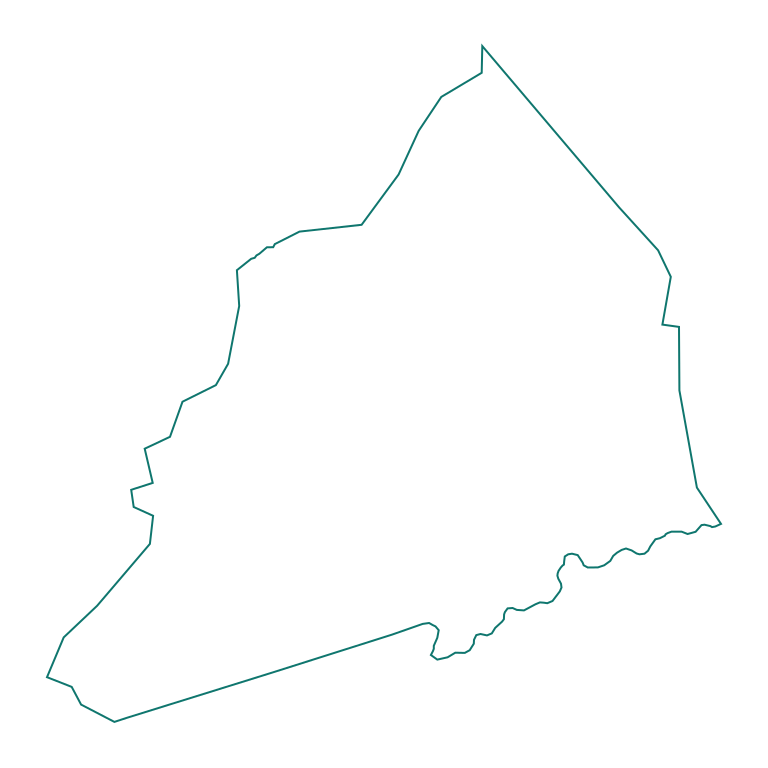 Transylvania, North Carolina, United States of America
{"feature_id": "52423323B19490558712126", "entity_name": "Transylvania", "entity_type": "district", "adm_level": 2, "iso_a3": "USA", "parent_name": "United States of America", "parent_adm1": "North Carolina", "projection": "mercator", "projection_center": [-82.75, 35.225], "detail": "fine", "context": "isolated", "style": "outline", "palette": "teal", "viewbox_px": 768, "rotation_deg": 0, "n_neighbors": 0, "source": "geoboundaries", "source_scale": "gbopen_adm2", "svg_char_len": 1655}
<svg xmlns="http://www.w3.org/2000/svg" viewBox="0 0 768 768"><path d="M721.0,523.9L696.9,487.6L679.4,390.4L679.0,326.9L662.4,324.6L670.8,276.8L658.1,250.3L619.2,207.5L482.3,46.1L481.7,72.8L441.3,96.9L419.5,129.6L418.6,131.0L398.6,174.5L361.6,224.8L299.5,231.6L274.8,244.1L273.2,247.2L266.9,247.3L259.3,253.8L256.5,255.4L254.7,257.8L251.2,258.8L236.9,270.2L239.2,306.0L228.1,363.8L215.9,385.1L182.5,401.7L170.0,436.8L144.7,448.7L152.7,482.9L131.2,489.8L133.7,507.0L153.1,515.8L149.9,543.9L97.1,605.8L63.7,637.4L47.0,677.2L71.7,686.9L81.1,704.6L114.4,721.9L126.6,717.9L269.6,673.4L392.1,634.6L422.7,623.9L429.1,623.0L432.1,624.7L432.2,624.8L435.5,626.4L438.7,630.2L437.3,637.8L434.9,643.3L433.8,645.8L433.8,648.8L432.9,651.2L430.9,655.0L437.3,659.6L447.6,657.3L455.3,652.7L464.8,652.9L469.7,650.2L473.8,643.7L474.0,639.8L476.3,635.1L480.5,634.0L487.0,635.4L491.8,633.4L495.2,627.9L502.1,621.6L503.9,619.2L504.1,614.4L504.9,612.1L507.6,608.4L512.6,608.0L516.8,609.9L524.0,610.4L535.4,604.3L539.9,602.4L543.9,602.7L547.3,603.2L552.5,601.0L559.8,591.4L561.5,587.5L561.0,583.7L558.3,578.7L557.4,575.7L557.7,573.3L558.6,570.8L560.8,567.5L562.6,565.5L563.9,564.6L564.2,561.1L564.8,556.5L568.2,554.3L572.0,553.7L577.7,555.1L580.1,558.7L582.6,562.5L583.7,565.3L587.8,567.5L597.9,567.4L604.2,565.3L610.3,560.9L613.2,555.9L617.0,552.7L621.7,549.9L626.0,548.5L631.6,550.4L636.6,553.5L639.5,554.3L644.5,553.7L648.1,550.7L650.3,546.4L655.4,539.3L659.9,538.2L664.9,535.7L665.6,534.3L667.6,533.1L671.4,531.7L681.7,531.7L687.6,534.0L695.6,531.8L701.5,525.1L704.5,524.7L710.4,526.1L712.0,527.1L715.3,526.5L721.0,523.9Z" fill="none" stroke="#0f766e" stroke-width="2"/></svg>